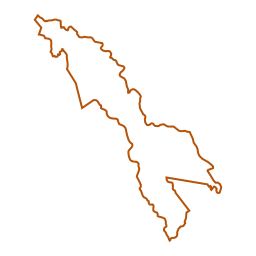 Woodlands, Laborie, Saint Lucia (orthographic projection)
{"feature_id": "8701671B68052266894517", "entity_name": "Woodlands", "entity_type": "district", "adm_level": 2, "iso_a3": "LCA", "parent_name": "Saint Lucia", "parent_adm1": "Laborie", "projection": "orthographic", "projection_center": [-60.983, 13.799], "detail": "fine", "context": "isolated", "style": "outline", "palette": "amber", "viewbox_px": 256, "rotation_deg": 0, "n_neighbors": 0, "source": "geoboundaries", "source_scale": "gbopen_adm2", "svg_char_len": 5782}
<svg xmlns="http://www.w3.org/2000/svg" viewBox="0 0 256 256"><path d="M50.6,51.9L51.1,52.3L52.1,53.9L52.7,55.9L53.1,56.4L54.1,56.0L54.7,56.0L55.2,56.7L56.0,56.9L57.5,56.5L57.9,55.6L57.9,54.7L58.1,54.3L58.6,54.4L59.3,54.9L60.1,54.3L59.7,52.7L59.9,51.9L61.7,51.0L62.1,50.7L61.9,50.2L61.9,49.8L62.6,48.4L62.6,48.8L62.9,49.7L63.5,50.6L64.3,51.6L65.5,52.9L66.2,53.8L66.8,54.9L66.8,56.8L66.8,57.6L67.6,63.3L67.6,65.9L67.3,68.1L66.9,68.9L75.9,83.3L77.5,90.1L82.1,108.0L93.8,100.0L95.9,100.2L96.5,100.4L97.2,101.0L97.9,101.8L99.8,104.9L101.0,105.4L101.2,106.1L100.9,107.5L100.9,107.9L101.2,108.3L103.1,109.2L104.7,109.7L106.0,110.7L106.5,111.3L106.7,112.2L106.7,113.4L107.2,115.0L107.6,115.9L109.1,117.3L110.7,118.1L112.1,118.4L116.5,118.8L117.6,119.5L117.9,120.3L118.2,121.5L118.9,123.6L119.6,124.3L122.1,125.2L123.5,126.0L124.4,126.7L125.3,127.8L125.8,129.2L126.5,132.5L127.1,135.3L128.6,139.9L129.3,141.2L130.3,142.5L131.6,143.5L132.2,144.0L132.3,144.4L132.4,145.2L132.3,145.9L131.8,147.0L131.4,147.6L129.4,149.8L128.9,150.5L128.5,151.3L128.4,152.1L128.5,153.9L128.9,156.4L129.8,159.0L130.2,159.8L131.7,161.1L132.4,161.2L133.2,161.5L136.2,161.8L137.0,162.1L138.2,163.0L138.6,163.9L138.5,164.5L138.4,165.7L138.5,166.3L139.1,168.1L139.2,169.0L139.1,169.9L138.6,171.5L137.1,175.4L136.9,176.1L136.9,176.6L137.2,177.5L138.4,179.6L140.1,183.1L140.3,184.0L140.8,184.7L140.9,185.6L140.8,186.2L140.4,187.5L139.8,188.2L139.7,188.5L139.7,188.9L140.2,189.9L140.6,190.2L140.9,190.5L141.3,191.4L141.3,191.6L142.0,193.8L142.9,195.9L143.3,196.6L144.0,197.2L146.2,198.5L146.5,198.7L147.6,200.6L148.8,201.3L148.7,202.8L149.1,203.7L149.4,204.2L149.6,204.4L150.1,204.6L152.6,204.5L152.9,204.6L153.0,204.7L153.2,205.0L153.5,205.9L153.5,206.7L153.3,208.8L153.3,209.8L153.4,210.6L153.7,211.0L154.3,211.5L155.1,211.9L156.9,212.6L157.2,212.9L157.6,213.8L157.7,214.3L157.7,216.0L157.9,216.3L158.3,216.5L159.8,216.8L162.8,217.7L164.3,218.4L164.9,218.9L165.8,221.3L165.8,221.8L165.8,223.4L166.2,224.7L166.5,226.1L166.3,226.6L165.0,227.4L164.5,227.9L164.2,228.3L164.0,229.5L164.0,230.5L164.9,231.4L165.7,232.4L166.7,234.8L168.1,237.0L168.7,238.3L168.9,239.1L169.7,240.6L170.3,240.1L170.4,239.2L170.9,238.5L171.5,238.1L172.2,237.9L173.8,237.9L174.5,237.8L175.9,237.0L176.7,236.3L177.1,235.2L177.3,234.1L177.2,233.1L177.2,232.1L177.7,230.8L178.0,230.2L178.4,229.0L178.8,228.4L179.9,227.4L180.1,226.9L180.4,226.6L181.0,226.6L181.4,226.6L183.2,225.9L183.5,225.7L184.2,224.8L184.7,223.9L185.2,223.3L185.2,222.7L184.9,222.5L184.6,221.9L184.8,221.3L185.7,219.0L185.8,218.5L186.1,217.8L186.3,214.1L186.5,212.9L186.5,212.5L189.3,210.7L175.6,192.9L175.3,191.7L175.1,191.1L174.9,190.7L174.4,190.3L173.9,190.2L173.2,189.5L172.7,188.8L173.0,185.9L172.7,185.1L172.8,184.2L172.3,182.9L171.5,182.5L169.1,182.2L167.8,181.6L166.9,180.2L166.5,178.7L166.5,177.5L207.6,184.4L208.0,185.3L209.1,186.8L209.6,186.6L210.1,186.1L210.5,186.0L210.9,186.5L210.9,187.2L210.6,188.8L210.8,189.4L211.4,189.9L213.9,186.6L214.3,186.6L215.4,187.3L216.6,188.5L216.7,189.0L216.3,190.1L216.7,192.0L217.5,192.8L218.2,193.0L219.0,192.8L219.7,192.6L219.7,192.2L220.7,189.4L221.2,187.4L220.9,186.3L219.8,184.0L217.6,182.5L215.9,182.8L214.9,182.0L213.4,180.3L210.4,175.2L207.6,171.0L208.1,169.9L213.0,168.2L213.2,167.0L212.3,165.5L208.1,162.1L202.2,158.7L199.4,155.9L198.2,153.3L197.4,148.7L196.3,146.1L195.2,144.8L193.7,142.6L192.8,138.7L189.7,132.0L187.0,131.7L185.7,131.1L184.8,130.8L184.4,130.8L182.9,131.1L181.4,131.2L179.0,130.7L177.8,129.9L174.9,127.5L173.7,126.7L173.1,126.5L172.2,126.5L171.0,126.6L168.0,126.5L166.6,126.0L164.0,124.4L163.3,124.3L161.4,124.6L160.3,125.0L159.4,125.4L158.8,126.0L157.7,126.2L155.3,125.9L154.4,125.4L153.9,124.9L153.3,123.9L152.7,123.5L152.3,123.4L151.4,123.4L150.8,123.7L149.4,124.9L148.7,125.1L147.3,125.0L146.9,124.9L146.7,124.6L146.2,123.8L145.3,122.5L145.1,121.3L144.9,120.2L144.9,119.4L144.9,118.8L145.3,117.5L145.4,117.0L145.4,116.5L145.2,116.1L144.9,115.5L144.6,115.2L143.2,114.3L142.9,114.0L142.5,112.7L141.7,111.5L140.9,110.1L140.0,108.0L139.8,106.5L139.8,105.9L139.5,103.9L139.5,103.4L140.2,101.0L140.1,99.4L140.3,97.9L140.8,96.4L140.1,95.0L138.9,93.4L138.1,92.5L135.4,90.0L134.2,89.4L133.1,89.2L132.2,89.4L130.6,90.4L130.0,91.3L129.5,92.5L128.8,92.8L128.2,92.8L128.0,91.8L128.2,90.7L128.2,89.5L127.2,87.3L126.8,86.2L126.2,83.0L126.0,81.4L124.7,79.1L124.1,78.3L123.0,77.8L121.8,77.0L120.2,76.2L119.7,75.1L119.8,74.0L120.0,73.5L121.0,72.1L122.8,70.7L124.1,68.9L124.4,67.7L123.8,66.7L123.2,66.3L119.2,65.3L117.7,64.5L117.2,63.4L116.4,61.4L116.0,60.7L115.5,60.2L114.3,60.0L113.0,59.3L112.4,58.5L111.9,58.1L110.8,57.8L110.2,57.5L110.2,56.9L111.0,55.7L111.2,53.6L110.7,52.7L109.9,51.6L109.5,51.3L108.5,51.0L105.9,51.2L104.1,50.9L103.1,50.6L101.4,49.3L101.0,48.8L100.9,47.8L101.6,46.7L102.5,45.9L102.6,45.7L102.6,44.0L102.5,43.7L102.0,43.0L100.7,42.9L96.5,42.0L95.4,41.9L94.7,41.5L93.2,39.6L92.7,38.6L92.1,38.0L91.4,37.6L90.6,37.3L88.3,37.4L87.4,37.3L86.6,37.2L84.9,36.8L84.0,36.9L82.4,37.4L81.4,37.4L79.4,37.1L78.7,36.5L78.4,35.5L77.9,35.1L77.2,34.2L77.1,33.8L77.1,32.1L76.8,31.7L76.4,31.3L74.5,29.9L71.0,26.6L70.5,26.6L69.6,26.9L68.8,27.6L68.5,28.0L68.1,29.1L67.9,30.0L67.6,30.3L66.8,30.2L66.1,29.7L65.4,29.4L63.8,27.2L63.0,27.1L62.8,27.2L62.6,27.5L62.1,27.6L61.8,27.7L61.5,27.8L61.2,27.7L60.7,24.3L60.7,21.3L60.4,20.8L59.8,20.6L57.3,20.1L56.4,19.6L54.9,19.6L53.1,19.9L51.9,20.4L51.2,20.4L50.5,20.4L48.7,20.5L48.2,20.6L47.6,20.9L47.4,21.0L46.8,21.2L46.2,20.9L45.4,21.2L44.9,21.1L44.0,20.5L42.2,18.4L41.4,18.0L40.3,17.6L39.2,16.7L37.8,15.4L34.8,19.8L41.3,27.6L38.9,34.5L39.4,34.6L42.3,35.2L43.5,35.6L44.0,35.8L44.4,36.4L44.9,37.7L45.2,38.2L45.5,38.3L48.3,38.6L49.1,38.9L50.4,39.7L50.8,40.1L51.2,41.0L51.4,44.1L51.1,45.6L51.5,48.7L51.5,49.6L51.1,50.7L50.6,51.9Z" fill="none" stroke="#b45309" stroke-width="2"/></svg>